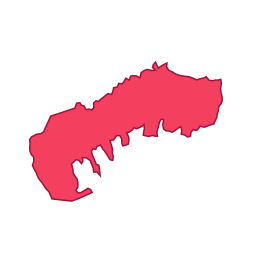 Witmarsum, Santa Catarina, Brazil (Natural Earth projection), rotated 346°
{"feature_id": "56859067B40802108519146", "entity_name": "Witmarsum", "entity_type": "district", "adm_level": 2, "iso_a3": "BRA", "parent_name": "Brazil", "parent_adm1": "Santa Catarina", "projection": "natural_earth1", "projection_center": [-49.836, -26.943], "detail": "fine", "context": "isolated", "style": "filled", "palette": "rose", "viewbox_px": 256, "rotation_deg": 346, "n_neighbors": 0, "source": "geoboundaries", "source_scale": "gbopen_adm2", "svg_char_len": 2422}
<svg xmlns="http://www.w3.org/2000/svg" viewBox="0 0 256 256"><g transform="rotate(346 128 128)"><path d="M229.8,103.2L227.1,103.3L224.4,102.7L221.3,102.6L218.2,101.2L216.3,97.3L213.5,97.8L210.0,97.7L206.3,97.9L203.0,95.3L199.4,92.9L195.7,91.6L192.8,90.5L190.6,89.3L187.6,87.3L185.0,84.8L181.5,81.8L180.3,78.1L181.5,74.4L177.5,75.2L174.7,76.1L172.1,77.3L171.2,74.1L170.6,70.7L167.8,72.7L166.5,75.2L168.6,78.6L165.1,78.0L160.9,75.9L157.4,76.2L154.1,77.6L151.8,82.2L148.5,79.4L145.7,78.6L143.2,78.3L140.7,81.8L138.0,79.2L135.4,81.9L133.0,83.9L129.8,82.4L127.5,85.7L123.8,85.4L122.2,88.7L120.3,91.5L116.8,89.8L112.0,92.0L108.2,93.6L106.0,95.1L103.5,93.9L100.6,95.5L99.7,100.1L97.1,101.7L94.8,100.2L91.8,100.1L90.6,95.9L88.4,94.7L87.4,91.9L84.2,91.5L81.2,95.9L55.9,97.8L45.3,111.1L41.9,112.5L37.9,111.9L34.7,112.8L32.3,113.2L29.8,115.5L29.1,120.0L27.8,123.2L27.3,127.2L27.8,130.5L29.4,133.0L28.7,137.1L26.2,141.3L27.2,145.9L28.2,149.3L28.5,152.2L29.0,155.2L30.3,158.2L31.5,160.7L33.3,166.1L35.9,170.9L37.1,178.4L55.7,185.3L62.9,184.5L77.6,181.9L76.7,178.6L74.5,176.8L71.7,177.8L69.3,178.4L67.0,179.3L63.8,179.0L62.3,175.9L65.0,173.2L66.1,168.8L66.3,165.3L65.0,162.1L63.9,158.4L64.6,154.4L64.5,149.3L67.4,147.7L69.8,146.1L72.4,147.5L74.3,151.3L76.2,149.3L76.6,145.8L80.3,146.8L83.5,150.5L84.0,154.9L84.6,158.4L84.1,162.6L87.0,162.9L89.5,167.5L90.3,161.2L90.7,157.2L88.3,155.5L87.8,150.5L86.8,145.7L86.9,142.1L88.8,139.5L91.5,141.0L93.4,138.4L97.1,137.8L98.5,142.3L99.9,145.3L101.7,150.5L102.9,154.4L105.4,155.8L106.8,151.9L106.7,149.0L107.7,145.4L107.8,141.3L107.4,135.6L111.1,136.1L115.1,132.7L118.3,133.5L119.2,137.2L118.4,141.1L118.6,144.1L121.3,144.1L124.4,143.7L125.9,140.2L126.5,137.3L125.5,132.4L128.7,132.1L132.1,130.8L134.0,129.1L136.1,130.8L138.9,130.4L141.9,129.7L144.3,128.5L143.7,132.7L142.2,135.6L141.1,138.7L143.7,140.1L146.0,141.2L149.9,141.1L152.1,142.4L154.5,143.1L155.0,139.0L156.8,135.6L158.3,133.0L160.0,129.9L162.4,127.5L164.6,128.5L162.3,133.8L162.3,137.6L164.2,139.9L167.4,141.1L169.8,142.7L172.6,142.1L176.2,140.4L179.5,139.5L179.6,143.3L178.1,146.9L181.2,148.4L183.7,151.1L186.8,151.0L188.1,147.2L190.8,145.4L193.9,147.0L196.2,145.6L198.4,143.6L202.1,145.7L206.2,145.2L209.2,144.9L212.3,144.7L215.0,141.3L216.8,139.2L217.8,136.3L219.9,133.0L221.5,128.9L223.9,127.3L225.8,124.7L226.8,120.7L226.8,116.1L227.4,112.0L229.3,107.5L229.8,103.2Z" fill="#f43f5e" stroke="#9f1239" stroke-width="1.5"/></g></svg>